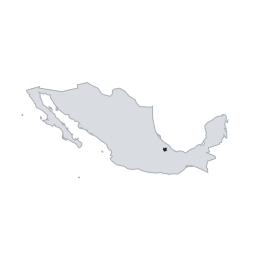 Perote, Veracruz, Mexico (highlighted), rotated 343°
{"feature_id": "50627088B6133554619555", "entity_name": "Perote", "entity_type": "district", "adm_level": 2, "iso_a3": "MEX", "parent_name": "Mexico", "parent_adm1": "Veracruz", "projection": "orthographic", "projection_center": [-97.275, 19.511], "detail": "fine", "context": "in_parent", "style": "filled", "palette": "slate", "viewbox_px": 256, "rotation_deg": 343, "n_neighbors": 0, "source": "geoboundaries", "source_scale": "gbopen_adm2", "svg_char_len": 4358}
<svg xmlns="http://www.w3.org/2000/svg" viewBox="0 0 256 256"><g transform="rotate(343 128 128)"><path d="M41.8,62.2L55.5,62.5L54.6,63.8L75.2,73.9L91.8,75.1L92.1,72.0L102.4,72.7L104.1,74.9L110.9,81.3L112.4,86.4L113.6,88.4L120.3,92.6L122.6,91.2L124.5,87.5L126.6,86.8L131.6,87.5L135.7,91.7L138.3,97.7L143.1,103.2L143.3,106.6L145.5,110.9L156.3,115.0L157.8,114.3L154.5,125.3L153.3,138.5L153.8,141.3L156.7,145.1L156.1,147.2L156.3,145.1L153.9,141.9L154.6,144.8L157.6,151.1L162.4,157.0L163.5,160.7L166.9,164.4L166.0,164.3L167.9,165.2L167.3,164.7L170.9,165.1L173.5,166.4L175.7,168.8L181.7,166.8L186.2,166.5L189.1,164.9L192.2,164.6L192.8,165.1L192.6,165.9L195.1,166.3L196.8,165.0L196.3,163.1L195.5,163.6L195.7,163.2L200.2,159.8L200.4,157.2L201.6,155.6L201.5,151.3L202.2,148.1L205.6,146.1L211.6,144.8L214.2,143.6L217.2,143.2L222.1,144.0L222.5,143.3L221.2,143.3L222.8,142.8L224.9,144.0L225.3,145.9L224.5,148.5L221.5,152.6L221.6,155.2L220.1,156.9L220.4,157.4L221.8,157.1L220.4,158.9L220.4,159.5L221.4,159.2L219.8,165.9L219.3,166.5L218.2,165.1L217.8,162.6L216.5,165.2L215.0,165.5L213.3,169.0L211.1,169.0L211.0,170.1L198.9,170.6L199.0,174.6L196.2,174.7L203.0,180.5L202.9,182.7L194.3,183.1L191.3,188.7L192.2,190.1L191.2,193.8L184.7,187.7L179.6,183.6L176.5,182.0L176.2,182.4L179.0,183.8L174.6,182.6L174.9,181.6L173.7,182.0L173.0,181.1L172.2,182.1L173.7,182.6L171.4,182.8L169.2,184.3L162.1,186.6L157.6,184.8L153.7,184.4L151.1,182.7L148.6,182.0L147.0,180.4L140.7,179.0L133.0,175.5L128.1,172.2L126.0,170.0L120.8,169.1L116.0,167.1L113.0,163.5L106.4,159.8L103.0,155.0L101.9,152.0L104.7,150.8L104.3,149.6L103.1,149.1L105.0,147.0L105.3,144.4L103.9,143.5L102.7,140.8L102.8,138.4L102.0,136.3L98.3,132.1L95.3,127.1L90.3,122.7L91.8,123.6L91.9,122.7L89.2,121.6L87.4,118.2L88.9,118.4L85.0,116.0L84.6,114.9L83.0,115.2L82.8,114.6L84.1,113.5L82.0,114.3L81.0,113.3L80.9,111.1L82.5,109.3L83.0,109.7L82.2,107.7L81.0,106.4L79.3,106.3L78.4,103.6L76.5,102.9L75.4,101.7L74.8,99.3L75.5,97.9L72.0,96.9L66.6,89.1L66.5,87.4L65.6,86.8L62.9,77.5L62.9,74.7L63.5,73.9L60.3,72.4L59.7,70.9L58.7,70.3L57.4,71.0L53.4,67.9L53.9,69.7L52.9,73.0L53.5,75.7L53.6,80.9L57.5,85.9L58.6,89.0L59.3,89.0L59.6,89.9L60.2,90.1L60.6,92.1L61.9,92.9L62.2,97.1L64.3,99.4L64.9,101.8L65.9,102.6L66.5,105.5L67.4,106.2L67.0,104.1L68.3,105.4L69.3,111.9L70.7,113.9L72.3,118.7L71.9,120.6L72.2,122.3L73.8,124.2L74.6,122.5L79.4,128.9L78.7,131.1L76.5,132.6L75.3,132.7L73.5,127.6L66.0,120.3L65.2,120.3L63.8,118.1L63.6,116.7L64.4,113.6L64.0,110.6L63.0,108.4L59.4,105.5L58.9,102.9L58.0,103.9L56.0,104.2L54.8,102.4L51.4,100.3L51.0,98.7L48.6,96.3L48.5,95.6L51.2,96.3L52.9,95.8L52.8,96.5L54.1,97.3L53.8,95.6L53.1,95.4L54.9,92.2L50.6,85.3L46.8,82.0L46.2,80.5L46.6,78.2L45.7,77.3L45.7,74.6L44.6,73.3L44.6,71.7L43.2,69.0L43.1,67.9L43.8,67.1L42.7,66.0L41.8,62.2ZM66.4,89.2L65.7,90.8L64.4,90.1L65.2,87.7L66.1,87.6L66.4,89.2ZM60.8,88.4L59.0,86.4L58.7,84.6L59.7,85.3L59.8,86.3L60.7,86.6L60.8,88.4ZM224.6,151.9L224.1,151.4L224.3,150.6L225.7,149.9L224.6,151.9ZM63.6,120.2L62.3,118.4L63.6,115.0L63.0,118.1L63.6,120.2ZM47.9,93.9L46.9,93.6L47.9,91.8L48.2,93.2L47.9,93.9ZM31.0,85.8L30.3,84.6L30.6,84.1L30.9,84.1L31.0,85.8ZM64.9,120.3L65.6,121.8L63.9,120.3L64.9,120.3ZM97.0,143.2L96.8,143.7L96.3,143.5L96.2,142.5L97.0,143.2ZM73.0,117.5L73.3,118.6L72.4,117.2L73.0,117.5ZM70.1,110.3L70.6,110.8L69.7,111.7L70.1,110.3ZM67.2,161.3L66.8,161.5L66.2,161.0L66.7,160.4L67.2,161.3ZM194.3,164.5L193.2,164.8L195.0,164.2L194.3,164.5ZM77.4,123.8L76.9,123.7L76.9,122.7L77.4,123.8Z" fill="#d9dde1" stroke="#a8b0b8" stroke-width="1"/><path d="M156.9,160.4L157.0,160.4L157.3,160.4L157.2,160.3L157.2,160.2L157.0,159.9L157.3,159.8L157.4,159.7L157.4,159.8L157.5,159.8L157.5,159.7L157.8,159.7L158.0,159.5L158.1,159.4L158.1,159.2L157.9,159.1L158.0,159.0L157.9,159.0L158.0,159.0L158.0,158.9L157.9,158.9L157.9,159.0L157.9,158.9L157.7,158.8L157.7,158.7L157.5,158.8L157.4,158.8L157.3,158.7L157.2,158.6L156.9,158.7L156.9,158.8L156.7,158.8L156.8,158.8L156.8,158.7L156.7,158.7L156.5,158.8L156.4,158.8L156.5,158.8L156.4,158.7L156.4,158.8L156.4,158.7L156.2,158.7L156.2,158.8L156.1,158.7L156.0,158.8L155.9,158.9L155.9,159.0L156.0,159.1L156.0,159.3L156.1,159.5L156.3,159.6L156.5,159.7L156.5,159.9L156.5,160.0L156.4,160.0L156.5,160.0L156.4,160.0L156.2,160.1L156.3,160.3L156.4,160.5L156.5,160.5L156.6,160.4L156.9,160.4L156.9,160.4Z" fill="#64748b" stroke="#1e293b" stroke-width="1.5"/></g></svg>